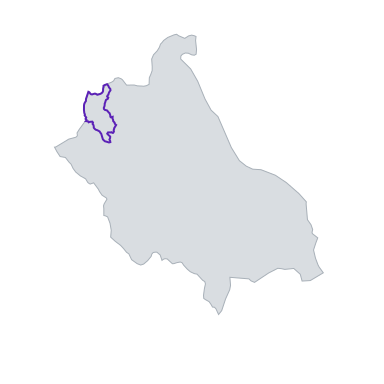 Bulgaria, with Kyustendil highlighted, rotated 55°
{"feature_id": "BGR-2252", "entity_name": "Kyustendil", "entity_type": "Province", "adm_level": 1, "iso_a3": "BGR", "parent_name": "Bulgaria", "parent_adm1": "", "projection": "mercator", "projection_center": [22.877, 42.321], "detail": "fine", "context": "in_parent", "style": "outline", "palette": "violet", "viewbox_px": 384, "rotation_deg": 55, "n_neighbors": 0, "source": "natural_earth", "source_scale": "10m", "svg_char_len": 3642}
<svg xmlns="http://www.w3.org/2000/svg" viewBox="0 0 384 384"><g transform="rotate(55 192 192)"><path d="M307.6,240.5L301.5,239.4L299.3,239.7L298.0,241.2L295.1,240.9L291.6,240.9L287.9,242.7L285.9,243.4L283.2,241.8L278.1,237.1L275.0,233.7L272.7,232.9L270.4,233.9L262.2,235.0L260.2,236.9L256.4,239.1L252.6,240.1L247.1,240.8L244.2,240.7L242.6,241.8L241.2,244.9L240.3,247.9L239.5,249.2L232.6,250.7L231.1,252.4L230.7,254.1L230.8,255.8L225.4,254.2L221.1,255.3L220.2,256.6L219.3,258.5L219.8,260.5L221.3,262.4L222.8,267.7L223.3,272.9L222.4,275.9L219.3,278.0L212.8,280.3L206.5,279.2L203.8,280.2L199.1,280.5L194.8,281.1L188.2,283.2L182.3,284.5L177.0,280.1L170.6,277.1L164.0,275.4L161.7,276.7L160.7,277.7L155.1,273.8L152.6,272.4L151.4,270.9L149.1,265.8L147.7,265.6L143.1,267.5L138.7,267.5L136.0,267.1L128.1,267.3L127.1,270.8L126.1,271.4L124.4,271.9L120.2,271.6L114.8,274.2L109.0,275.8L104.5,275.9L99.9,275.1L97.1,275.6L91.1,275.9L87.3,279.7L81.4,279.5L76.4,278.9L77.0,277.7L78.0,262.6L80.5,255.8L80.4,254.4L79.9,253.4L77.7,252.3L76.1,248.6L72.8,239.0L71.0,237.0L65.8,235.0L61.3,232.2L57.5,228.5L50.5,219.4L54.0,218.5L55.1,216.6L58.6,211.6L59.0,209.1L58.7,207.7L56.3,205.3L54.7,200.0L55.9,195.0L56.0,192.5L54.8,190.0L56.1,186.8L58.6,185.1L60.2,184.6L66.9,184.3L71.2,178.0L73.7,175.9L76.4,172.4L77.6,171.0L78.8,168.3L79.2,165.4L73.9,161.4L72.1,158.4L69.7,155.0L66.5,152.7L60.0,148.8L57.5,144.8L56.4,139.5L54.7,135.6L52.8,133.0L52.4,130.9L51.6,128.3L51.5,123.2L53.0,116.5L54.0,114.1L56.2,113.4L62.0,109.8L62.2,105.2L63.3,102.3L65.2,100.6L66.9,99.5L70.0,102.2L77.8,106.5L81.5,109.6L81.3,111.6L79.6,113.5L76.2,115.4L74.3,117.8L73.7,120.9L74.2,123.1L76.6,125.0L90.4,122.5L104.5,123.8L123.3,128.0L135.9,129.4L145.1,127.5L162.2,131.0L178.2,134.3L193.5,135.2L202.0,132.7L208.1,129.2L213.3,122.7L226.1,114.1L238.5,109.3L254.7,105.3L265.6,104.0L267.1,105.3L280.9,113.3L287.1,113.3L292.0,114.7L293.9,116.8L295.1,117.3L301.7,115.3L304.7,119.7L309.2,125.7L317.0,128.8L324.0,130.6L326.2,130.9L333.5,130.8L332.4,145.9L328.1,152.9L321.5,150.5L313.0,152.5L308.6,160.4L306.0,162.8L303.7,165.5L302.3,175.8L301.9,192.6L298.7,194.6L295.8,195.2L283.6,209.9L290.6,214.0L293.7,217.2L298.9,225.9L306.2,235.7L307.6,240.5Z" fill="#d9dde1" stroke="#a8b0b8" stroke-width="1"/><path d="M50.5,219.4L51.4,218.9L53.3,218.9L54.1,218.6L54.8,217.8L55.5,215.5L56.2,214.6L56.9,214.3L57.4,214.1L58.0,213.8L58.4,212.8L59.1,210.6L59.2,209.3L59.0,208.4L58.7,207.5L58.1,206.8L56.7,205.8L54.4,203.6L54.2,203.5L54.3,202.2L54.9,199.8L56.7,199.6L58.9,200.0L60.7,199.8L62.0,200.5L62.6,202.3L63.5,203.8L64.3,204.6L64.5,205.9L65.2,206.8L66.6,206.4L67.4,207.6L67.2,209.5L67.9,210.6L68.9,211.8L69.6,212.9L70.6,213.6L71.6,214.6L72.4,215.9L73.4,216.5L74.7,216.3L76.5,214.8L79.2,214.6L80.2,214.3L82.7,215.1L83.5,215.7L84.3,215.6L84.9,213.9L86.2,215.0L87.5,215.2L88.8,215.9L90.0,215.7L90.8,215.6L91.5,216.0L92.6,216.0L93.6,215.7L95.1,219.2L95.6,219.5L95.9,220.1L96.7,220.9L97.7,221.3L98.3,222.6L97.9,223.3L96.9,223.6L96.4,224.7L95.0,226.6L95.6,228.0L97.6,227.7L99.6,227.2L100.8,228.1L101.7,229.6L103.1,229.7L104.3,230.3L103.8,231.6L102.6,232.5L100.4,234.3L97.8,234.8L92.0,232.9L91.2,233.1L90.3,233.0L89.3,233.0L87.1,234.1L85.8,235.1L84.4,235.5L83.0,235.6L81.8,234.8L80.5,234.3L79.2,234.4L78.4,233.3L77.2,233.3L75.9,235.5L75.6,236.7L74.6,236.6L73.8,237.4L73.2,238.1L73.1,237.7L72.9,237.4L72.4,237.0L72.1,237.0L71.4,237.3L71.1,237.3L70.8,237.0L70.6,236.6L70.5,236.2L70.3,235.9L69.8,235.9L67.8,236.0L67.5,235.9L67.3,235.6L67.1,235.3L66.9,235.2L65.5,234.9L63.3,233.7L62.9,233.5L59.0,230.7L58.0,229.7L57.9,229.5L57.3,228.5L56.7,226.8L55.0,225.5L50.5,219.4Z" fill="none" stroke="#5b21b6" stroke-width="2"/></g></svg>